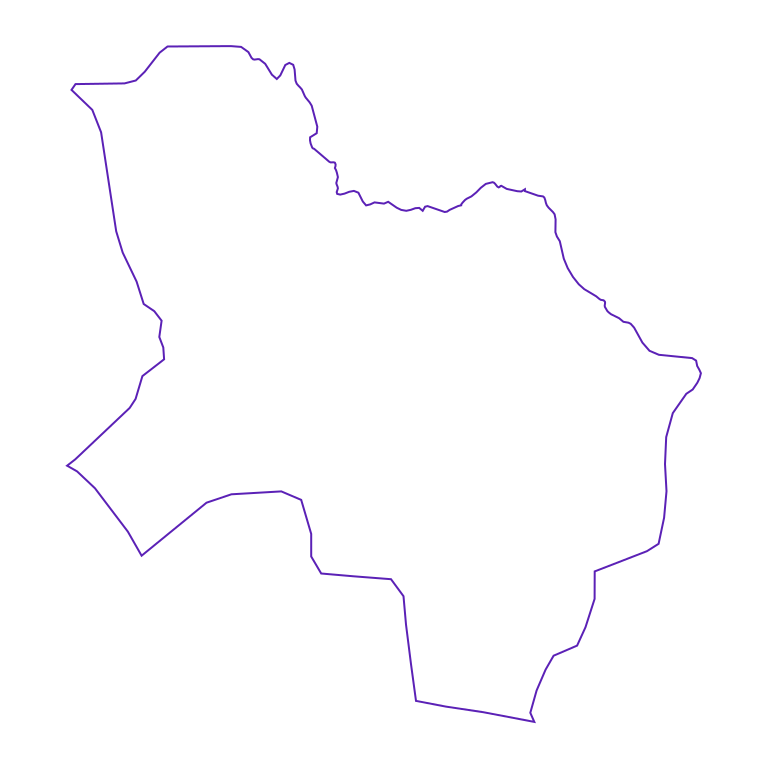 the border of Katavi
{"feature_id": "TZA-5584", "entity_name": "Katavi", "entity_type": "Region", "adm_level": 1, "iso_a3": "TZA", "parent_name": "United Republic of Tanzania", "parent_adm1": "", "projection": "robinson", "projection_center": [31.46, -6.489], "detail": "fine", "context": "isolated", "style": "outline", "palette": "violet", "viewbox_px": 768, "rotation_deg": 0, "n_neighbors": 0, "source": "natural_earth", "source_scale": "10m", "svg_char_len": 2490}
<svg xmlns="http://www.w3.org/2000/svg" viewBox="0 0 768 768"><path d="M141.6,555.7L127.9,531.7L95.0,488.3L77.1,471.4L67.1,465.7L75.2,459.4L129.7,407.9L135.6,398.9L142.4,376.1L164.1,359.3L163.3,347.5L159.3,337.0L161.6,320.7L154.3,311.2L143.7,304.0L136.6,281.6L122.7,252.6L116.2,231.3L101.1,132.3L92.3,109.9L71.5,89.9L75.5,84.1L124.5,83.4L135.8,80.5L144.8,71.7L159.6,52.7L167.5,46.5L230.7,46.1L241.1,46.9L248.4,52.1L251.5,57.8L253.1,59.3L254.5,59.6L258.0,59.1L259.5,59.3L265.2,63.8L271.9,74.7L276.8,79.0L280.3,75.4L285.3,65.0L289.3,62.9L293.2,64.8L294.6,69.5L295.5,80.6L296.7,83.7L298.4,85.7L300.1,87.4L301.9,89.5L304.7,95.9L305.7,97.6L309.6,102.3L311.7,105.7L317.3,126.7L316.7,133.2L310.1,137.3L310.0,140.3L310.6,143.4L312.2,147.6L313.0,148.4L314.1,148.8L329.3,161.8L330.6,162.4L333.8,162.3L334.9,162.7L335.6,164.4L335.5,166.1L334.9,168.0L336.1,170.3L336.9,172.8L337.9,177.1L336.3,183.0L336.6,184.3L337.6,186.8L337.9,188.4L336.7,192.1L337.2,193.9L340.2,194.6L344.6,193.6L349.2,191.8L353.9,190.9L358.4,192.7L362.8,201.5L366.1,205.4L370.2,204.4L374.5,202.4L384.0,203.6L388.2,201.8L396.7,207.7L401.2,209.9L406.3,210.8L410.9,209.8L415.3,208.2L419.2,207.9L422.7,210.8L425.1,206.7L427.6,206.1L444.7,212.0L447.1,211.6L449.6,209.9L458.2,206.0L461.2,205.3L461.2,204.5L462.5,202.7L465.0,200.0L466.8,198.7L471.4,196.4L476.3,192.4L480.8,187.8L485.8,183.9L492.6,182.2L494.0,182.7L495.2,183.9L497.3,186.6L498.7,187.4L499.7,186.9L500.5,186.0L501.3,185.8L506.7,188.9L517.3,191.2L521.3,191.5L524.9,189.3L524.9,191.1L538.1,195.7L543.0,196.4L544.3,197.5L545.2,199.9L545.9,202.9L546.8,205.3L548.6,207.7L553.0,212.1L554.6,214.3L555.6,219.4L555.4,232.2L556.9,236.5L559.8,241.2L563.8,258.7L567.7,268.1L573.0,277.0L578.8,284.3L584.3,289.2L596.2,296.3L599.3,298.9L600.7,299.8L603.6,300.3L604.9,301.6L605.1,302.8L604.7,305.7L604.9,306.9L607.3,311.0L608.6,312.3L611.0,314.2L619.1,318.2L623.4,321.8L628.5,322.7L630.7,323.8L634.1,327.6L642.4,342.6L649.5,350.8L658.9,354.8L692.1,358.1L696.1,360.6L697.2,366.0L699.2,369.5L700.9,373.2L699.6,378.1L697.3,382.8L692.7,389.5L686.3,393.8L672.8,413.1L666.2,437.1L665.0,464.1L666.5,491.2L664.1,517.7L658.6,543.8L646.9,551.2L594.7,571.4L594.6,598.9L585.5,627.2L577.1,645.6L553.6,655.7L545.6,669.6L536.6,690.5L530.3,712.8L534.3,721.9L483.3,712.2L445.9,706.6L416.0,700.9L411.0,664.1L406.0,624.5L403.5,596.2L391.0,579.2L353.6,576.3L321.2,573.5L311.2,556.5L311.2,533.9L301.2,499.9L281.3,491.4L231.4,494.3L206.5,502.7L141.6,555.7Z" fill="none" stroke="#5b21b6" stroke-width="2"/></svg>